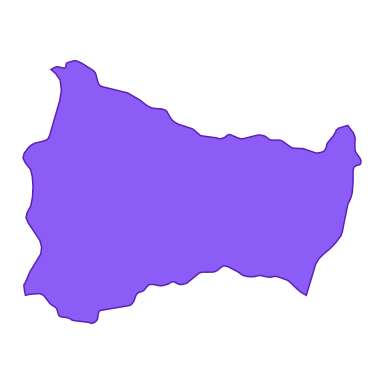 the Department of Paysandú
{"feature_id": "URY-8", "entity_name": "Paysandú", "entity_type": "Department", "adm_level": 1, "iso_a3": "URY", "parent_name": "Uruguay", "parent_adm1": "", "projection": "equal_earth", "projection_center": [-57.298, -32.042], "detail": "fine", "context": "isolated", "style": "filled", "palette": "violet", "viewbox_px": 384, "rotation_deg": 0, "n_neighbors": 0, "source": "natural_earth", "source_scale": "10m", "svg_char_len": 3082}
<svg xmlns="http://www.w3.org/2000/svg" viewBox="0 0 384 384"><path d="M23.9,285.0L24.0,284.5L25.6,282.0L29.9,271.8L40.8,253.9L41.6,247.0L39.8,240.3L28.0,222.5L26.0,217.6L27.0,212.9L30.8,205.8L32.5,196.9L33.0,186.6L32.3,176.8L30.6,169.6L25.2,162.6L23.0,158.0L24.2,153.2L28.9,147.1L31.6,144.8L35.4,143.0L43.6,141.1L47.7,139.2L49.5,135.9L59.8,100.4L61.4,90.3L60.1,80.0L55.5,73.4L51.0,69.5L51.6,69.2L54.4,67.5L57.0,66.7L59.8,67.1L62.7,68.0L64.7,67.9L65.6,67.8L65.8,67.6L66.0,65.3L66.2,64.1L66.7,63.2L67.5,62.6L73.9,60.8L75.3,60.7L77.1,61.1L81.6,63.1L93.1,70.4L94.6,71.9L95.2,72.8L95.7,73.8L97.9,81.9L98.3,83.0L98.8,84.0L99.4,84.8L100.2,85.6L101.1,86.1L102.3,86.7L127.8,93.0L140.1,100.2L146.0,104.9L147.8,106.1L151.9,108.0L156.1,108.6L161.0,108.8L164.2,109.7L166.0,110.5L166.8,111.4L170.6,118.1L171.9,119.8L174.2,121.9L178.1,124.1L191.8,128.6L193.7,129.7L200.1,135.3L202.1,135.9L216.7,137.9L218.9,138.7L220.4,138.7L222.1,138.4L224.5,137.4L225.8,136.6L226.8,135.7L227.6,135.0L228.7,134.6L230.0,134.5L237.6,137.8L241.1,138.8L243.1,138.7L258.1,135.0L260.1,135.0L263.1,135.5L264.7,136.1L265.9,136.8L269.3,139.4L270.4,139.8L271.5,140.1L278.8,140.1L280.7,140.4L282.1,140.9L290.8,147.2L293.0,148.0L294.2,148.2L303.1,148.6L315.3,152.8L316.4,153.0L318.3,152.9L321.2,152.3L323.4,151.5L324.4,150.7L325.2,149.6L326.1,147.7L326.4,146.6L326.9,144.0L328.0,142.3L333.3,135.9L334.8,133.5L335.8,131.6L336.1,130.3L338.7,128.1L347.8,125.4L353.5,133.1L354.3,135.1L355.0,137.4L355.1,138.9L354.8,143.9L355.0,149.3L355.4,151.1L355.9,152.5L360.0,158.3L360.6,159.7L361.0,161.2L360.8,162.8L360.4,163.9L359.8,164.6L359.0,164.9L357.6,165.2L355.7,165.9L354.9,166.5L354.1,167.2L353.5,168.8L353.1,171.2L353.1,180.9L353.0,182.5L352.3,192.3L351.1,197.1L350.2,199.4L348.2,203.5L347.4,206.2L342.3,231.7L341.0,235.7L335.8,242.6L330.0,248.7L323.6,254.0L318.5,259.2L315.6,264.3L306.3,295.4L300.8,292.1L298.5,290.3L289.1,281.4L287.2,280.1L277.8,276.8L274.8,276.4L273.6,276.5L271.5,277.1L269.8,277.2L267.5,277.0L260.9,275.6L259.0,275.4L254.7,276.6L251.0,276.8L247.2,276.5L243.0,275.4L237.6,271.7L228.2,266.8L225.6,266.1L223.7,265.8L222.8,266.2L221.1,267.3L217.8,270.0L216.1,271.1L215.1,271.6L212.9,272.1L202.0,272.2L200.4,272.6L198.5,273.6L187.3,282.8L186.0,283.5L184.3,284.0L181.2,284.6L179.5,284.4L177.8,283.8L174.1,281.9L172.7,281.8L171.4,282.0L168.8,283.7L165.8,284.9L161.4,285.8L159.7,285.7L153.6,284.5L151.3,284.4L149.5,284.5L148.6,285.1L147.1,286.5L145.7,288.1L145.2,288.9L143.6,290.6L142.8,291.1L138.7,292.6L137.8,293.0L137.0,293.7L136.4,294.6L135.5,296.5L135.4,296.9L135.3,297.1L134.2,300.4L133.7,301.4L132.5,303.2L131.7,304.1L130.1,305.4L100.2,310.5L99.4,311.2L98.8,312.2L98.4,313.3L98.1,314.6L97.5,319.2L96.7,320.5L95.5,321.7L92.9,323.1L91.4,323.3L90.1,323.0L89.2,322.4L74.1,320.6L72.0,320.1L70.3,318.8L66.7,317.6L62.6,317.1L60.5,316.6L59.2,315.9L58.7,315.2L58.5,314.7L57.4,310.8L56.5,308.7L55.9,307.8L55.2,307.1L51.4,304.8L50.6,304.1L49.8,303.4L45.1,297.2L44.5,296.4L43.8,295.6L42.6,294.8L40.7,293.9L39.3,293.6L30.5,294.2L25.4,295.3L24.4,290.2L23.9,285.0Z" fill="#8b5cf6" stroke="#5b21b6" stroke-width="1.5"/></svg>